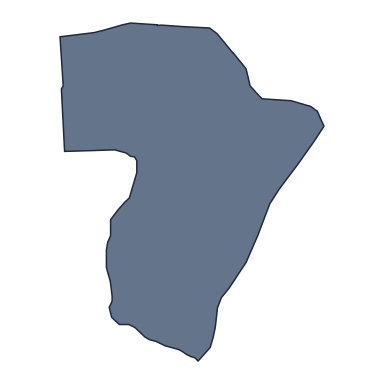 the district of Sabah, Al Bayda', Yemen
{"feature_id": "15242507B50652394578350", "entity_name": "Sabah", "entity_type": "district", "adm_level": 2, "iso_a3": "YEM", "parent_name": "Yemen", "parent_adm1": "Al Bayda'", "projection": "robinson", "projection_center": [44.675, 14.271], "detail": "fine", "context": "isolated", "style": "filled", "palette": "slate", "viewbox_px": 384, "rotation_deg": 0, "n_neighbors": 0, "source": "geoboundaries", "source_scale": "gbopen_adm2", "svg_char_len": 2006}
<svg xmlns="http://www.w3.org/2000/svg" viewBox="0 0 384 384"><path d="M198.0,360.9L198.1,361.0L210.2,347.5L210.8,345.4L213.1,337.5L215.2,327.9L217.0,312.3L217.4,308.0L221.4,297.6L224.9,293.3L229.2,288.0L234.2,280.4L239.7,272.0L241.6,269.2L246.1,262.4L249.6,254.3L249.8,253.8L250.2,253.0L252.4,247.9L254.9,242.1L258.0,235.0L260.1,229.4L260.9,227.2L263.3,220.9L268.3,207.7L269.8,203.8L274.4,196.6L278.9,189.6L286.0,180.0L296.2,166.5L297.5,164.7L299.2,162.5L304.4,155.0L308.1,149.8L309.1,148.4L309.2,148.2L312.5,143.6L313.5,142.2L313.8,141.8L323.8,126.5L324.0,126.1L323.7,125.5L323.3,124.7L322.3,122.5L321.2,120.2L319.4,116.0L318.3,113.3L317.2,111.1L315.5,110.0L314.2,109.0L313.5,108.4L310.3,106.3L309.4,106.0L305.2,104.9L304.3,104.6L304.0,104.5L303.8,104.4L300.6,103.5L297.7,102.6L295.2,101.9L290.9,100.7L262.0,98.8L259.0,95.7L255.9,92.4L253.7,89.8L250.1,85.9L246.7,71.4L246.4,70.3L246.4,70.2L246.2,69.6L245.9,68.6L244.5,66.9L242.7,64.6L233.1,52.8L232.8,52.8L226.9,45.6L226.2,44.7L218.9,35.9L217.0,33.6L211.1,29.2L209.6,28.0L184.4,26.7L178.8,26.3L161.2,25.1L157.3,25.4L157.2,25.2L157.3,24.8L145.1,24.0L131.4,23.1L130.7,23.0L123.0,24.7L103.3,30.3L94.1,32.6L60.0,36.8L61.7,62.6L63.2,85.7L61.4,89.0L62.9,118.5L64.6,151.4L81.9,150.9L84.4,150.8L92.4,150.6L103.3,150.2L114.6,149.9L114.8,149.9L118.5,150.9L126.2,153.0L128.3,154.6L130.4,156.2L134.6,157.0L136.5,160.2L136.8,160.9L136.8,161.0L136.8,172.7L131.5,190.6L130.5,194.1L129.2,198.1L124.8,202.2L117.7,210.2L110.6,219.7L110.6,235.6L108.5,240.4L107.8,241.9L107.1,246.0L106.4,249.8L106.4,267.3L107.4,271.2L110.2,281.0L111.3,289.0L111.5,291.1L112.1,295.8L112.1,301.1L111.5,302.5L111.2,303.2L109.2,307.3L111.6,317.2L113.6,319.2L116.1,321.5L117.0,322.3L119.3,324.5L128.8,324.5L134.9,327.5L141.8,334.0L144.9,337.0L149.5,339.7L156.0,341.4L164.9,345.7L178.6,349.5L180.2,350.3L181.9,351.3L183.5,352.3L185.3,353.6L186.1,354.1L186.9,354.6L188.7,355.5L190.2,356.3L191.8,356.9L193.6,357.3L195.2,358.1L198.0,360.9Z" fill="#64748b" stroke="#1e293b" stroke-width="1.5"/></svg>